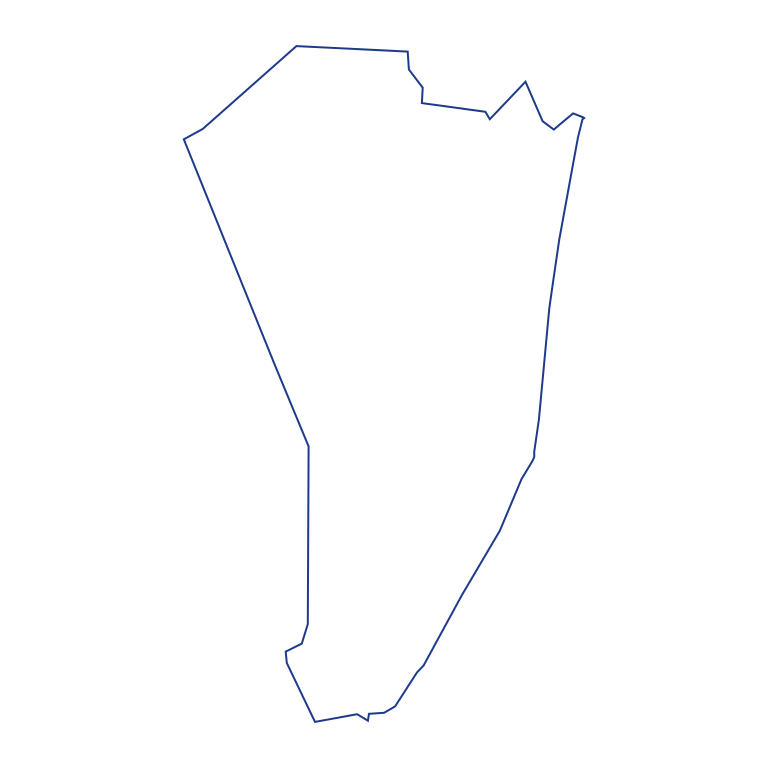 Ocean, New Jersey, United States of America (Albers equal-area conic projection)
{"feature_id": "52423323B31448976404541", "entity_name": "Ocean", "entity_type": "district", "adm_level": 2, "iso_a3": "USA", "parent_name": "United States of America", "parent_adm1": "New Jersey", "projection": "albers", "projection_center": [-74.224, 39.835], "detail": "fine", "context": "isolated", "style": "outline", "palette": "blue", "viewbox_px": 768, "rotation_deg": 0, "n_neighbors": 0, "source": "geoboundaries", "source_scale": "gbopen_adm2", "svg_char_len": 698}
<svg xmlns="http://www.w3.org/2000/svg" viewBox="0 0 768 768"><path d="M367.9,720.7L369.0,713.8L384.1,712.8L395.1,706.4L417.0,672.4L423.6,665.5L461.9,595.1L499.9,530.6L521.5,479.1L530.9,463.6L532.8,460.2L534.0,457.5L534.3,456.7L534.2,451.9L538.9,419.6L549.3,308.3L553.0,282.3L559.2,239.9L573.6,161.1L578.0,137.3L582.5,119.2L584.2,118.1L583.8,117.6L573.1,113.4L558.8,125.3L553.8,129.6L542.6,121.2L525.5,81.7L489.8,119.2L485.4,111.8L421.9,103.1L422.7,87.7L408.9,69.5L407.7,51.6L296.4,46.1L202.8,128.9L183.8,139.3L219.4,227.5L226.7,245.7L274.5,364.2L308.6,446.4L307.8,624.1L301.8,643.6L285.7,651.6L286.8,663.0L315.0,721.9L357.1,714.2L367.9,720.7Z" fill="none" stroke="#1e3a8a" stroke-width="2"/></svg>